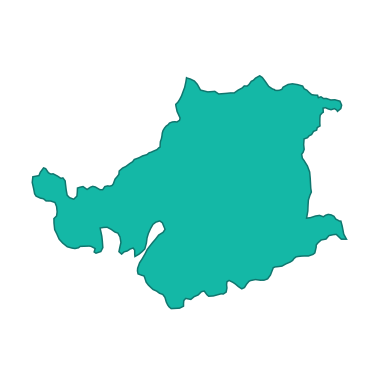 Aradippou, Larnaca, Cyprus, rotated 84°
{"feature_id": "46923920B78088096679659", "entity_name": "Aradippou", "entity_type": "district", "adm_level": 2, "iso_a3": "CYP", "parent_name": "Cyprus", "parent_adm1": "Larnaca", "projection": "albers", "projection_center": [33.576, 34.95], "detail": "fine", "context": "isolated", "style": "filled", "palette": "teal", "viewbox_px": 384, "rotation_deg": 84, "n_neighbors": 0, "source": "geoboundaries", "source_scale": "gbopen_adm2", "svg_char_len": 4068}
<svg xmlns="http://www.w3.org/2000/svg" viewBox="0 0 384 384"><g transform="rotate(84 192 192)"><path d="M77.8,185.5L81.9,186.6L87.3,188.4L90.9,190.2L95.2,192.3L98.7,194.6L101.4,196.8L103.1,199.0L104.7,199.0L110.4,198.4L117.2,196.1L119.4,196.9L120.8,199.7L120.3,201.7L120.3,204.3L121.1,207.2L122.6,208.7L123.7,210.7L125.5,212.6L127.9,214.4L130.3,215.4L133.0,216.0L135.7,216.8L138.7,218.2L142.1,218.8L143.9,219.0L144.6,220.4L146.2,222.4L147.4,226.3L148.2,228.6L148.5,230.5L150.1,232.9L150.9,237.3L152.3,240.8L152.8,242.6L153.6,246.0L155.7,247.9L157.3,251.1L159.7,255.1L160.9,258.5L163.5,262.2L166.9,262.9L168.9,264.8L171.0,267.1L173.4,268.3L175.7,269.4L177.2,270.9L177.6,273.1L177.1,275.3L177.5,278.1L180.4,280.6L180.1,283.3L176.9,287.6L176.0,290.1L176.6,292.5L178.5,296.1L175.2,299.8L175.5,302.7L176.1,305.5L180.2,306.1L184.1,306.9L186.8,310.4L184.8,314.4L182.1,316.5L176.8,316.9L170.3,317.0L167.7,317.0L164.5,318.9L164.7,321.0L162.1,324.1L159.4,328.2L159.4,330.6L157.8,332.8L153.5,335.1L152.9,336.2L152.5,337.1L156.5,340.8L159.7,342.5L160.2,348.7L165.8,349.9L172.5,349.1L177.3,348.7L179.8,347.5L182.2,343.5L183.2,340.4L185.6,338.1L186.2,333.5L188.1,329.4L192.3,328.2L197.7,328.2L201.7,329.2L204.0,332.1L208.5,332.5L215.1,332.5L219.3,330.9L223.6,329.5L225.1,329.0L229.3,325.9L233.4,321.8L235.2,317.3L236.0,314.3L235.6,310.7L234.4,309.0L234.7,304.4L235.0,299.9L235.5,298.1L238.1,294.2L241.4,295.6L242.8,293.9L241.7,288.9L238.0,286.5L231.7,286.3L226.6,286.3L222.6,286.7L219.1,287.1L218.2,287.1L218.0,283.4L218.2,280.0L220.7,276.3L223.8,272.8L225.1,270.0L229.2,268.3L234.1,268.0L234.9,268.0L240.5,269.9L243.7,270.9L246.4,268.5L244.4,265.7L243.9,262.6L242.2,259.3L241.6,256.4L243.8,255.1L248.2,255.5L250.2,255.5L248.3,251.2L246.1,247.9L243.7,244.9L238.0,242.7L232.9,241.5L228.6,239.7L224.0,237.0L220.1,234.2L218.2,231.1L217.4,227.1L219.5,224.7L226.3,222.7L229.1,225.0L231.3,229.6L235.1,233.2L238.1,236.4L242.2,240.4L244.6,242.6L248.4,245.0L253.1,248.4L256.9,251.5L262.1,254.0L264.7,254.5L267.8,254.2L269.6,250.6L270.4,248.6L272.1,248.0L276.9,247.0L279.9,245.2L282.9,242.7L284.9,240.9L286.8,237.6L289.3,234.9L290.8,231.8L294.0,229.9L298.6,229.1L301.7,228.0L303.7,226.9L305.8,224.9L306.1,219.0L306.2,216.4L304.7,212.4L304.2,212.3L302.1,212.1L299.1,211.5L297.2,209.4L298.7,204.4L296.3,200.8L295.0,196.6L292.1,193.0L291.8,190.2L295.7,187.9L297.4,186.3L297.6,181.7L297.2,179.2L296.3,173.8L296.7,171.5L295.1,168.5L291.1,167.3L287.8,167.3L285.0,166.7L283.8,164.4L286.1,160.8L288.1,158.4L290.9,155.8L292.9,153.4L293.5,152.6L292.5,149.8L289.3,147.3L286.8,144.7L286.2,143.1L285.7,138.1L286.9,133.1L287.2,129.5L286.3,125.9L282.8,122.7L279.3,120.9L275.8,119.1L275.2,117.2L275.2,113.9L275.1,110.3L273.3,106.1L271.9,101.6L270.6,99.1L268.8,97.5L267.4,95.3L267.2,93.1L267.2,89.6L267.4,86.6L267.8,82.9L266.7,78.2L265.4,76.2L259.9,74.3L257.7,74.0L255.7,72.0L253.2,68.5L252.8,63.6L249.7,60.4L249.2,56.1L249.2,53.0L254.5,48.5L255.1,43.3L249.8,45.5L241.5,46.2L236.5,47.0L236.4,48.2L234.0,51.8L231.0,53.4L229.3,56.0L228.5,58.9L229.1,61.6L230.4,63.9L228.6,67.6L228.8,71.7L229.9,76.8L230.0,80.8L223.0,78.8L217.5,78.0L212.2,77.1L207.6,75.1L204.5,73.3L200.7,73.5L190.9,73.0L184.4,72.9L178.2,74.5L172.4,77.3L170.0,78.7L165.9,79.0L164.2,77.4L161.3,76.0L156.5,76.0L150.9,75.0L150.1,71.5L148.3,69.6L147.4,67.1L144.4,64.8L143.5,61.6L141.0,60.7L139.7,57.8L136.9,57.7L131.8,57.1L129.0,56.5L127.0,54.3L126.4,53.1L122.3,52.9L122.1,50.5L123.6,47.9L124.7,45.1L124.0,41.7L125.6,39.5L127.0,38.9L124.6,35.3L121.3,34.1L117.1,35.4L115.2,40.3L115.0,44.4L113.0,48.7L112.8,51.4L110.8,53.8L111.4,56.5L108.9,57.0L108.5,59.7L107.7,62.8L105.1,65.3L102.8,67.1L101.1,69.7L98.2,70.9L96.2,75.9L94.9,80.8L95.1,85.2L97.3,90.5L99.3,91.9L100.0,94.6L99.9,96.9L99.5,98.9L98.8,99.2L98.0,101.1L95.0,104.7L89.7,107.6L85.5,110.1L83.5,112.5L85.4,117.0L87.3,119.2L88.1,121.5L91.1,124.1L92.4,126.0L92.0,129.0L93.8,131.2L95.5,135.5L97.9,139.7L97.5,143.2L97.5,147.2L97.4,151.0L97.3,155.2L94.3,158.8L94.1,165.9L91.5,172.9L85.4,175.5L81.9,178.0L79.5,181.8L78.2,184.9L77.8,185.5Z" fill="#14b8a6" stroke="#0f766e" stroke-width="1.5"/></g></svg>